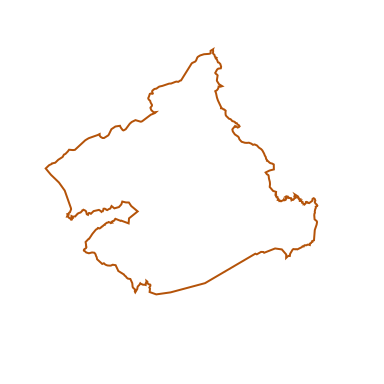 the district of Hohoe Municipal, Volta, Ghana, rotated 224°
{"feature_id": "2480657B20464126159243", "entity_name": "Hohoe Municipal", "entity_type": "district", "adm_level": 2, "iso_a3": "GHA", "parent_name": "Ghana", "parent_adm1": "Volta", "projection": "orthographic", "projection_center": [0.486, 7.154], "detail": "fine", "context": "isolated", "style": "outline", "palette": "amber", "viewbox_px": 384, "rotation_deg": 224, "n_neighbors": 0, "source": "geoboundaries", "source_scale": "gbopen_adm2", "svg_char_len": 5992}
<svg xmlns="http://www.w3.org/2000/svg" viewBox="0 0 384 384"><g transform="rotate(224 192 192)"><path d="M190.1,84.0L183.5,85.4L182.7,85.1L180.7,85.3L179.6,85.0L177.9,85.2L175.9,86.6L171.6,84.9L168.8,82.5L167.6,82.2L165.3,82.3L164.0,80.7L163.1,80.4L164.0,84.2L165.2,85.9L165.4,87.1L165.3,88.5L165.8,90.4L165.1,90.4L162.8,91.3L161.8,92.3L160.7,92.9L161.9,94.4L162.5,96.0L163.0,96.4L161.8,96.5L160.6,95.4L158.9,95.6L157.9,96.3L157.3,96.2L156.7,95.5L156.3,93.6L155.1,93.3L153.0,90.6L146.6,93.5L137.7,104.9L119.3,135.5L103.6,191.6L102.1,192.2L100.7,196.9L99.0,198.4L97.9,198.4L93.0,209.1L87.5,213.1L80.8,212.5L78.5,210.0L78.4,212.4L78.2,213.1L77.2,213.9L78.5,215.8L79.6,220.5L79.4,221.4L77.8,222.6L77.5,223.2L76.4,223.8L74.7,228.6L74.8,229.6L74.6,230.0L73.8,230.4L74.1,231.5L74.0,231.9L72.6,233.3L72.4,234.2L71.9,234.9L70.4,235.7L71.3,236.9L70.9,237.9L71.1,238.5L70.8,239.8L71.4,240.1L70.7,242.0L77.3,250.0L79.7,255.1L81.2,257.3L82.2,257.7L84.8,257.5L86.0,258.5L88.0,260.3L89.0,261.7L89.1,262.4L90.2,263.3L91.4,265.2L91.9,266.6L92.8,267.4L92.2,268.8L92.4,269.3L93.6,269.6L95.2,269.5L96.7,270.0L96.9,270.2L97.2,271.4L98.7,272.2L99.7,272.2L100.3,271.9L100.4,270.5L99.6,269.8L99.4,269.0L100.0,265.4L101.0,264.7L101.4,264.6L101.8,264.9L102.8,264.4L103.1,263.9L102.4,263.0L102.4,261.1L103.1,261.1L103.3,260.7L103.6,261.0L104.6,261.1L105.2,260.8L105.6,261.4L105.9,261.1L106.3,261.4L107.1,261.4L107.8,260.8L107.9,261.4L108.2,261.0L108.6,261.5L108.7,260.9L109.3,261.0L109.5,261.4L110.3,261.2L110.5,261.4L110.1,261.4L110.1,261.8L110.9,261.8L111.9,261.4L111.7,261.9L112.0,262.2L112.8,262.4L116.2,261.7L115.6,261.5L115.7,260.8L115.3,260.0L114.5,260.7L113.6,260.1L113.5,259.8L113.9,258.2L113.7,257.5L113.8,256.6L114.0,256.3L114.6,256.1L114.7,255.5L115.0,255.8L115.4,255.6L115.8,256.3L116.5,256.4L117.2,255.7L118.2,255.3L118.2,254.9L118.4,254.8L119.8,255.3L121.2,254.4L121.4,253.4L120.2,253.7L119.7,253.5L119.6,253.1L120.0,252.8L119.2,251.6L119.5,250.6L119.9,250.1L120.8,250.5L120.6,249.9L121.5,247.2L121.9,247.2L122.8,246.2L123.3,246.8L124.4,246.1L124.6,246.5L124.9,246.2L125.1,246.8L125.8,247.2L126.7,247.3L127.3,246.9L127.5,247.0L127.5,247.5L128.2,247.2L129.0,247.5L129.1,248.0L129.6,248.4L130.0,248.2L130.1,248.8L130.7,249.0L130.7,249.4L131.6,250.5L134.4,249.1L139.6,249.6L141.3,251.8L143.0,253.3L146.1,255.2L148.0,256.8L148.9,257.2L150.5,256.8L152.6,257.2L151.1,261.4L148.8,265.1L152.3,268.6L154.2,268.1L155.3,267.4L156.5,267.0L158.8,267.0L159.8,266.5L160.5,267.2L161.7,267.3L163.3,268.4L164.9,268.8L166.8,269.7L170.3,270.8L172.0,270.9L174.7,270.4L177.6,270.6L180.0,269.7L180.9,268.3L182.9,268.0L185.3,267.0L186.5,265.6L188.1,264.2L191.2,262.6L194.4,262.8L196.2,263.7L197.2,263.9L201.2,263.2L204.7,263.9L206.5,265.1L206.8,268.7L206.5,268.5L206.1,268.8L206.0,269.8L203.9,270.1L203.4,271.2L203.4,272.3L204.8,272.6L206.0,272.2L207.6,272.6L208.6,271.9L209.9,272.1L211.0,271.7L212.3,271.0L214.3,271.2L215.0,271.1L216.4,270.4L218.6,270.5L219.8,270.4L221.3,270.8L223.0,272.3L224.3,273.9L226.3,273.7L226.7,273.3L228.2,273.2L229.3,272.4L229.9,273.2L237.0,275.9L239.7,277.3L243.4,279.8L245.3,280.7L244.8,282.3L244.9,284.0L245.6,285.7L246.1,286.3L244.7,287.5L243.8,289.1L247.4,288.3L251.1,289.2L251.7,289.6L254.6,293.7L255.6,293.8L257.0,293.6L258.0,293.8L259.0,297.5L258.8,299.0L257.2,301.0L258.0,302.3L260.5,303.7L262.5,303.8L263.4,303.3L266.3,304.7L267.7,304.5L268.1,304.9L267.9,305.5L269.5,305.2L271.0,306.2L272.6,306.2L273.4,306.5L274.7,308.1L275.8,308.9L276.0,309.3L276.7,306.5L275.0,304.8L275.1,304.2L275.8,303.1L279.1,299.4L281.0,295.9L281.7,293.2L281.5,292.1L280.4,289.4L280.3,288.0L281.5,284.9L281.5,284.0L277.4,264.7L277.9,263.9L278.4,261.7L279.9,260.6L280.4,259.8L282.4,255.5L283.8,254.0L287.1,247.6L288.4,245.7L288.9,244.7L289.4,241.7L290.6,240.0L290.9,237.4L290.4,236.5L288.6,235.6L288.8,235.0L290.0,234.3L290.5,233.3L289.2,230.6L288.7,229.1L287.5,228.5L285.4,228.5L283.9,227.6L281.4,226.9L280.8,226.3L280.6,225.6L280.5,223.9L279.9,223.4L278.0,222.6L274.9,222.7L273.4,224.5L273.5,223.1L275.3,219.0L276.9,208.9L277.2,207.7L277.8,206.9L282.6,204.4L283.5,201.9L284.0,200.5L284.2,197.9L283.3,191.1L283.9,189.1L284.2,188.6L285.0,188.4L288.1,188.9L289.8,189.6L292.6,185.9L293.6,181.2L291.7,175.4L291.6,174.5L292.8,169.7L293.9,168.7L295.9,168.2L297.6,168.4L298.7,169.5L299.4,167.5L303.7,158.9L304.7,155.1L305.5,141.0L306.6,139.6L309.8,137.0L309.5,135.0L309.5,131.5L310.1,129.9L309.4,127.3L310.6,122.3L310.7,118.1L312.6,115.2L312.4,114.7L313.4,112.1L313.6,107.3L305.5,106.4L294.3,106.4L284.5,104.6L267.7,96.2L267.0,95.6L265.7,92.6L266.0,92.0L265.9,91.0L264.9,89.9L265.0,89.7L266.1,89.9L266.3,89.5L265.5,89.3L264.8,87.5L264.1,88.2L262.2,88.0L260.9,88.4L259.7,88.1L259.3,88.6L259.7,89.8L259.6,90.5L260.3,90.7L261.2,90.0L262.0,91.0L260.3,91.5L259.7,92.7L259.0,93.3L259.2,95.3L259.0,96.3L259.3,96.8L258.6,98.8L258.3,99.1L257.9,100.0L257.9,102.2L258.1,102.7L257.8,103.0L257.8,103.8L256.2,104.4L254.8,104.5L252.2,102.9L251.0,103.3L251.8,104.6L251.0,104.1L251.6,105.1L251.0,105.8L249.6,106.1L249.5,109.9L246.5,114.5L244.4,114.9L243.4,114.8L243.4,115.4L242.8,116.1L243.1,117.0L244.0,118.5L243.2,119.4L241.9,119.8L241.2,119.7L240.4,120.1L240.0,121.8L239.3,123.3L240.1,126.0L236.5,126.3L234.1,130.4L234.2,133.9L235.5,136.7L232.4,138.5L230.1,140.6L226.0,139.7L217.6,140.3L219.0,129.3L215.8,125.4L223.1,122.2L223.2,121.7L228.5,119.5L228.5,118.5L228.1,117.9L228.2,117.0L228.4,116.4L228.9,115.9L229.0,115.0L228.4,114.7L228.8,114.5L228.4,114.0L228.8,113.2L229.5,113.2L231.1,112.5L231.3,111.4L231.9,110.8L232.3,108.3L231.9,107.9L232.5,106.8L232.5,104.9L232.9,104.3L232.8,103.1L233.1,101.7L233.8,101.1L234.2,101.1L234.7,100.8L234.6,99.4L235.0,98.2L234.6,92.9L233.5,86.9L233.8,86.6L233.8,82.1L231.1,80.1L230.8,79.5L229.7,79.1L229.3,78.1L229.7,75.7L229.4,75.0L229.0,74.7L227.9,75.0L226.1,75.0L223.6,76.3L221.9,79.1L220.0,80.5L218.1,80.2L216.6,79.3L215.5,79.0L213.5,77.7L206.6,77.9L205.9,79.5L204.5,79.5L202.9,79.9L201.4,80.7L199.3,82.6L198.5,84.6L196.1,86.3L190.1,84.0Z" fill="none" stroke="#b45309" stroke-width="2"/></g></svg>